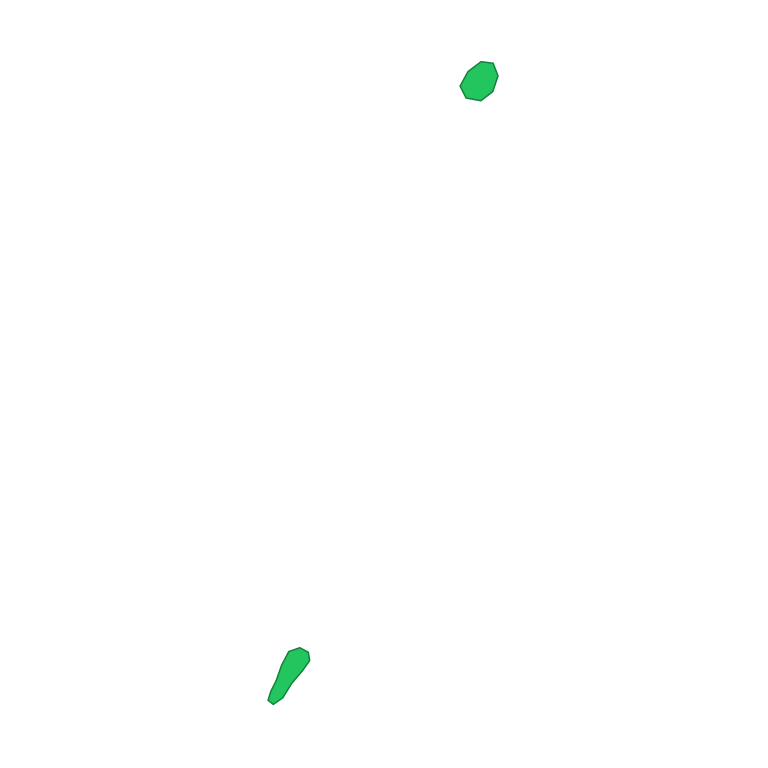 map outline of Maldives (Natural Earth projection), rotated 193°
{"feature_id": "MDV", "entity_name": "Maldives", "entity_type": "country or territory", "adm_level": 0, "iso_a3": "MDV", "parent_name": "Seven seas (open ocean)", "parent_adm1": "", "projection": "natural_earth1", "projection_center": [73.467, 3.739], "detail": "fine", "context": "isolated", "style": "filled", "palette": "green", "viewbox_px": 768, "rotation_deg": 193, "n_neighbors": 0, "source": "natural_earth", "source_scale": "50m", "svg_char_len": 427}
<svg xmlns="http://www.w3.org/2000/svg" viewBox="0 0 768 768"><g transform="rotate(193 384 384)"><path d="M416.6,101.9L406.7,108.1L397.4,105.6L394.2,97.8L398.9,86.3L406.6,71.5L412.0,55.5L419.8,46.9L425.8,49.7L425.2,58.7L422.3,71.1L420.5,87.1L416.6,101.9ZM361.9,719.9L349.8,721.1L342.2,709.8L343.8,693.3L353.3,681.8L368.3,681.1L376.9,691.4L372.4,707.4L361.9,719.9Z" fill="#22c55e" stroke="#15803d" stroke-width="1.5"/></g></svg>